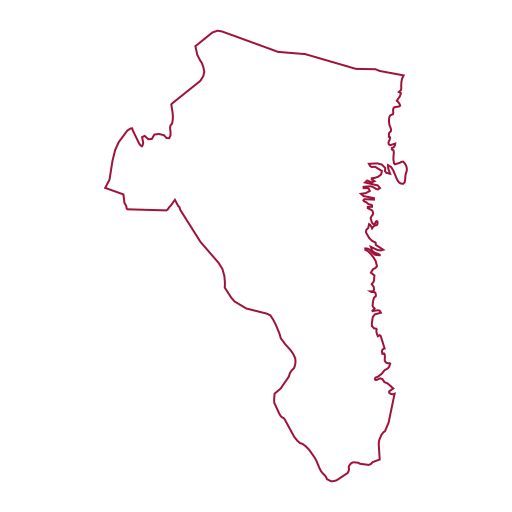 the border of Gävleborg
{"feature_id": "SWE-178", "entity_name": "Gävleborg", "entity_type": "County", "adm_level": 1, "iso_a3": "SWE", "parent_name": "Sweden", "parent_adm1": "", "projection": "albers", "projection_center": [16.784, 61.282], "detail": "fine", "context": "isolated", "style": "outline", "palette": "rose", "viewbox_px": 512, "rotation_deg": 0, "n_neighbors": 0, "source": "natural_earth", "source_scale": "10m", "svg_char_len": 4901}
<svg xmlns="http://www.w3.org/2000/svg" viewBox="0 0 512 512"><path d="M403.6,75.4L402.0,79.0L401.4,81.9L401.2,86.0L401.3,88.5L400.8,90.3L398.8,92.0L400.9,93.2L400.0,96.1L396.8,100.7L398.0,101.8L399.4,103.7L400.2,105.5L399.3,106.4L394.6,107.2L393.6,107.9L393.0,110.0L393.3,112.4L393.0,114.2L390.9,115.0L390.0,115.7L389.3,117.3L389.0,119.6L389.0,122.2L389.4,124.8L390.8,128.5L391.1,130.1L390.8,131.4L389.4,132.5L389.1,133.6L389.0,133.2L388.9,134.8L388.9,136.5L389.1,136.4L389.4,136.6L389.9,137.1L390.1,138.2L389.5,140.1L389.0,141.0L388.6,142.1L388.5,143.2L388.8,144.3L390.1,145.2L395.2,143.6L394.8,145.6L394.0,147.0L393.0,147.7L391.9,148.0L391.9,149.5L393.6,150.5L393.8,152.9L393.5,156.0L393.4,159.3L394.0,163.2L394.8,164.3L399.6,162.9L401.3,161.9L403.1,161.6L404.9,163.5L406.2,165.9L406.8,168.3L406.8,170.7L406.0,173.0L405.4,175.7L405.2,179.3L404.6,182.4L403.1,183.8L401.2,183.6L399.6,182.9L398.3,181.6L397.0,179.4L393.3,170.5L391.2,167.1L388.0,165.2L388.2,168.0L388.7,170.0L390.1,173.8L386.3,172.8L385.0,171.1L385.3,168.0L381.7,164.5L377.5,163.4L368.9,163.8L370.2,166.1L371.7,167.0L375.1,166.8L381.9,171.0L381.1,174.5L378.0,176.8L374.4,178.0L371.8,178.2L371.8,179.6L372.6,179.8L374.5,181.2L371.7,182.4L367.1,180.5L365.0,182.5L377.7,185.4L380.0,188.1L377.8,189.4L376.1,189.0L372.5,186.7L370.3,186.3L363.6,186.8L363.7,188.2L367.2,188.0L368.8,188.8L369.8,191.0L365.6,193.2L361.0,193.8L363.6,196.1L373.9,198.1L374.0,199.6L364.4,199.2L363.4,200.4L364.3,201.5L366.5,202.3L368.4,204.1L370.9,204.7L372.0,205.3L372.0,206.8L367.8,206.9L367.8,208.2L371.7,210.1L372.6,211.1L373.1,213.6L372.6,215.0L371.5,216.2L370.6,218.3L371.2,220.0L371.6,221.8L372.4,223.2L373.4,224.1L374.7,224.0L375.3,223.0L375.8,221.7L376.8,221.1L377.5,221.7L377.6,223.2L377.2,224.7L376.2,225.3L375.0,225.5L373.9,226.1L373.0,227.0L372.1,228.4L371.3,226.7L370.2,224.8L369.1,224.1L368.2,228.0L366.3,229.9L365.9,232.0L366.4,233.2L369.3,238.2L372.3,241.0L375.6,242.6L375.8,244.9L383.2,249.7L380.2,250.5L377.0,249.8L370.8,246.8L372.2,250.9L374.9,252.8L378.0,253.8L380.5,255.3L376.2,255.0L374.4,254.5L369.1,249.3L367.4,248.6L365.3,248.4L365.3,249.8L367.7,251.0L370.8,254.0L373.7,257.7L375.7,261.1L377.0,266.2L375.4,268.0L372.8,269.4L370.9,272.7L374.4,275.4L374.0,280.7L373.2,282.4L371.7,284.1L373.7,286.9L374.1,289.6L373.0,291.3L370.4,291.4L371.5,292.0L374.3,292.0L375.2,292.6L375.7,293.9L375.9,295.3L375.7,296.4L374.9,296.9L374.0,297.8L373.3,300.1L372.8,302.9L372.6,305.6L372.9,306.5L373.7,307.6L374.6,308.5L372.5,310.7L371.8,311.2L377.2,310.3L379.6,310.6L380.9,312.7L374.8,314.4L372.8,317.0L371.9,322.7L371.8,325.3L371.9,326.1L374.1,328.4L375.9,328.6L376.6,329.1L376.4,331.7L376.7,333.1L377.6,335.7L377.9,336.3L379.5,335.2L380.4,335.6L380.9,336.6L384.6,348.5L383.8,348.7L382.9,349.3L382.2,350.2L381.9,351.3L382.3,353.8L383.1,353.9L383.9,353.4L384.7,354.3L384.9,357.0L384.7,359.2L384.8,361.0L386.2,362.7L388.1,363.3L389.7,363.2L390.2,363.9L389.0,367.0L387.8,368.4L384.5,370.3L381.7,373.8L377.9,376.7L375.5,377.6L375.0,378.6L375.1,379.6L375.8,380.0L377.0,379.8L379.3,378.7L380.3,378.4L382.4,379.1L384.4,382.1L387.7,383.5L393.3,388.5L389.2,391.3L389.2,392.8L390.8,394.0L392.9,394.3L394.6,393.7L388.6,422.6L385.1,431.0L383.3,432.4L381.5,434.7L379.3,439.8L378.7,443.8L379.7,459.5L372.7,462.1L370.7,464.1L368.7,464.9L360.2,463.8L359.4,463.5L358.8,463.0L358.4,462.8L354.3,462.3L352.7,462.5L351.2,463.2L349.5,465.2L348.9,466.3L348.7,467.6L349.0,469.0L348.7,470.9L347.6,473.0L336.6,480.3L333.7,481.1L331.2,481.3L327.0,479.2L326.0,476.9L324.9,475.4L322.8,473.4L321.0,471.2L319.3,467.8L316.6,461.2L314.6,457.5L309.0,449.6L305.5,446.1L303.1,444.3L301.6,443.5L299.9,443.1L297.4,440.8L294.2,436.8L284.6,419.2L284.1,418.5L283.3,417.9L282.1,417.3L280.8,416.2L279.3,413.7L274.3,402.9L274.1,400.0L274.6,393.6L280.5,388.7L288.8,376.7L289.9,373.1L291.6,370.5L293.7,368.5L294.3,367.6L295.3,363.8L295.5,361.2L295.2,358.2L293.4,354.3L290.6,350.2L285.1,344.1L280.8,338.3L279.5,333.7L275.8,324.7L273.2,319.7L270.3,315.3L266.7,313.6L246.3,308.5L234.6,301.5L231.2,297.6L224.9,287.8L224.7,287.1L224.9,285.5L224.9,282.5L224.4,276.2L222.5,269.2L218.7,263.0L200.4,241.8L180.4,210.1L179.5,207.3L178.1,205.8L174.9,199.8L170.8,205.6L169.1,207.3L167.7,209.5L166.2,210.4L127.4,209.3L126.6,208.3L126.3,206.2L124.4,202.7L123.4,194.4L105.2,187.9L109.5,179.7L112.5,160.7L115.2,149.9L118.7,142.2L127.2,130.7L130.3,128.6L132.2,128.3L132.7,130.3L139.3,143.8L140.5,145.3L141.9,146.3L142.6,145.4L143.2,142.7L142.1,137.1L144.6,135.9L148.4,139.3L151.9,138.9L154.3,134.6L158.8,134.0L163.8,135.1L166.6,138.1L169.1,138.2L170.5,135.6L170.5,131.5L170.1,128.5L170.2,126.7L170.6,125.2L172.1,123.6L172.7,120.1L172.9,116.6L172.6,112.8L171.3,104.4L172.2,103.4L200.4,80.8L203.3,76.0L204.3,71.8L203.3,67.0L202.0,63.3L199.9,60.0L197.3,54.9L195.4,46.2L212.4,32.5L217.4,30.7L221.8,31.4L278.1,51.9L305.1,54.1L356.0,68.9L375.4,69.2L379.8,71.0L403.6,75.4Z" fill="none" stroke="#9f1239" stroke-width="2"/></svg>